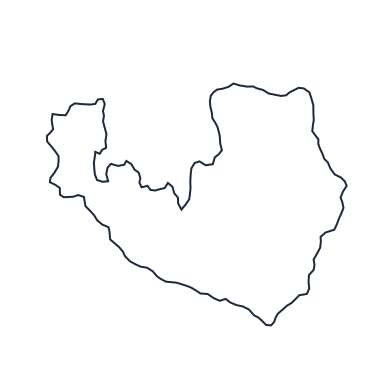 outline of Imbé de Minas, Minas Gerais, Brazil, rotated 99°
{"feature_id": "56859067B9633327681514", "entity_name": "Imbé de Minas", "entity_type": "district", "adm_level": 2, "iso_a3": "BRA", "parent_name": "Brazil", "parent_adm1": "Minas Gerais", "projection": "orthographic", "projection_center": [-41.974, -19.636], "detail": "fine", "context": "isolated", "style": "outline", "palette": "slate", "viewbox_px": 384, "rotation_deg": 99, "n_neighbors": 0, "source": "geoboundaries", "source_scale": "gbopen_adm2", "svg_char_len": 2528}
<svg xmlns="http://www.w3.org/2000/svg" viewBox="0 0 384 384"><g transform="rotate(99 192 192)"><path d="M290.9,167.8L290.3,160.5L293.5,153.8L295.1,147.5L292.3,142.1L295.1,136.9L296.7,130.7L297.1,123.9L299.1,117.5L304.0,111.5L305.7,106.6L308.6,102.2L311.8,97.9L311.3,93.0L307.5,90.5L303.1,89.8L298.8,88.2L294.2,84.3L289.6,80.6L286.1,76.4L282.0,73.3L277.2,69.9L274.7,62.6L269.0,61.1L262.6,62.8L255.7,63.5L250.0,59.7L245.0,59.6L239.7,61.3L233.7,59.0L227.0,56.7L220.6,57.0L216.2,58.0L211.0,53.6L207.0,45.6L201.4,43.9L195.2,42.7L189.3,41.0L184.0,39.9L179.2,41.7L174.1,44.4L167.8,42.9L161.8,40.2L157.6,42.7L154.4,47.2L152.3,53.8L147.1,59.0L141.6,62.4L138.6,66.5L133.8,69.2L128.5,72.8L124.7,74.8L120.3,75.4L116.9,78.9L113.1,82.7L107.9,83.0L101.7,83.0L95.7,84.3L87.5,85.7L81.1,88.6L75.2,91.6L72.2,97.8L72.4,102.9L75.7,107.6L78.3,111.2L81.8,114.2L83.2,119.2L83.0,124.6L82.7,131.6L80.0,138.2L79.5,143.8L78.2,148.2L79.3,154.0L79.3,161.3L78.4,168.1L82.3,172.2L85.2,177.9L86.9,183.2L90.1,186.3L94.0,188.5L100.0,188.5L105.4,187.0L110.3,184.9L116.0,183.4L120.1,179.7L124.2,176.8L131.8,173.5L139.8,171.7L146.0,169.0L150.6,171.5L154.2,174.9L161.3,175.8L163.4,182.7L160.6,189.5L163.0,194.0L168.7,196.3L175.5,196.0L182.0,195.3L188.8,194.0L195.0,193.7L199.5,193.6L204.8,196.0L211.0,199.7L205.5,203.9L199.8,205.0L195.9,209.4L189.9,212.1L186.8,217.2L192.4,219.6L194.3,224.4L196.3,228.6L196.4,233.4L192.9,236.9L195.2,242.5L191.1,245.4L186.5,245.2L181.1,247.7L178.9,252.2L173.9,256.4L171.6,261.7L175.7,263.2L177.8,269.2L176.9,276.5L181.1,279.2L187.8,279.5L194.5,276.5L195.9,281.7L195.0,287.7L190.0,290.6L184.6,292.1L178.3,293.5L172.3,293.5L167.5,293.8L168.7,289.1L164.5,287.4L161.8,283.7L155.1,285.5L148.3,285.5L142.3,288.2L136.2,290.9L130.4,290.9L125.9,292.6L118.8,291.9L114.0,294.7L115.3,299.4L120.1,301.3L121.5,305.9L122.4,314.2L122.8,321.5L126.1,325.4L130.7,326.6L136.0,328.8L136.7,335.6L136.8,341.9L142.8,341.9L147.6,340.4L151.7,339.0L155.8,341.4L159.3,344.1L164.9,342.9L169.3,337.7L172.8,333.9L177.3,329.5L182.4,328.6L188.1,328.4L194.5,330.9L200.1,334.0L204.6,333.9L206.1,328.6L208.7,323.2L215.3,322.0L217.2,318.0L216.3,313.2L215.1,308.2L212.8,303.9L213.8,298.0L222.6,295.0L226.8,289.4L230.2,285.1L234.9,281.1L238.2,275.5L239.8,269.0L244.1,267.3L251.7,265.4L255.0,260.0L257.9,255.3L261.6,251.0L265.7,248.3L270.1,242.5L272.3,236.4L273.8,230.8L273.8,224.7L276.4,218.4L280.6,213.6L282.7,209.4L284.6,203.8L284.3,198.2L284.0,193.2L284.7,188.1L285.5,182.9L286.5,178.1L288.4,173.2L290.9,167.8Z" fill="none" stroke="#1e293b" stroke-width="2"/></g></svg>